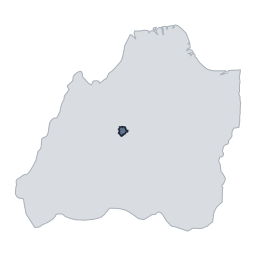 location of Bokkos, Plateau, Nigeria, rotated 180°
{"feature_id": "59680162B1032840889978", "entity_name": "Bokkos", "entity_type": "district", "adm_level": 2, "iso_a3": "NGA", "parent_name": "Nigeria", "parent_adm1": "Plateau", "projection": "robinson", "projection_center": [8.917, 9.236], "detail": "fine", "context": "in_parent", "style": "filled", "palette": "slate", "viewbox_px": 256, "rotation_deg": 180, "n_neighbors": 0, "source": "geoboundaries", "source_scale": "gbopen_adm2", "svg_char_len": 4916}
<svg xmlns="http://www.w3.org/2000/svg" viewBox="0 0 256 256"><g transform="rotate(180 128 128)"><path d="M221.3,28.6L229.9,42.1L231.8,52.1L232.5,57.0L233.9,57.6L236.6,57.8L238.6,58.8L239.8,60.5L240.5,62.0L240.6,62.9L240.1,68.9L239.5,71.0L239.8,74.0L239.7,75.3L239.4,76.1L238.2,77.1L236.6,78.1L232.7,80.9L231.6,81.4L230.0,81.4L228.6,82.1L226.9,83.7L223.3,89.4L220.2,95.2L218.0,104.5L215.3,107.4L214.8,110.0L214.4,115.8L214.0,117.5L213.5,118.0L210.6,119.1L208.9,120.5L207.9,123.1L206.6,132.0L206.1,133.5L205.2,135.1L203.7,136.7L202.4,137.7L199.0,138.3L195.8,145.0L195.7,146.2L194.3,152.3L191.9,156.9L191.7,159.9L188.6,163.9L187.0,166.7L188.7,169.6L188.8,170.0L183.5,174.9L183.2,175.7L182.9,179.0L182.5,179.9L181.5,181.2L180.1,182.5L178.7,183.6L177.0,184.3L175.4,184.6L174.5,184.2L174.0,183.2L173.1,179.0L172.7,178.1L171.6,177.3L167.5,172.8L165.1,171.2L164.5,171.3L164.1,171.7L163.4,174.0L162.7,174.9L161.4,175.2L159.1,175.2L157.5,174.9L157.1,174.4L156.3,172.6L151.2,176.8L149.4,177.7L147.2,182.6L144.0,185.0L141.8,187.1L135.8,193.8L134.6,195.8L133.5,198.7L130.9,211.2L126.8,219.1L126.3,220.7L126.1,220.7L125.5,221.4L123.9,220.9L123.2,219.5L122.2,219.2L120.5,217.1L120.2,217.5L122.0,222.8L121.3,225.0L116.3,225.0L112.0,225.7L109.0,225.7L107.5,224.9L106.9,222.9L106.6,223.1L106.5,224.2L105.5,225.0L102.2,225.2L100.7,223.8L99.5,222.2L98.3,221.6L98.5,222.2L99.9,223.7L99.7,225.9L97.1,228.4L95.4,228.5L94.3,227.5L93.8,225.7L93.5,223.1L92.8,221.4L92.4,221.4L92.9,224.2L92.9,226.9L94.2,228.9L92.2,229.6L89.9,229.6L89.6,228.9L89.3,227.2L88.9,226.7L88.4,229.6L83.6,230.4L82.9,230.3L82.7,229.8L83.1,229.0L83.0,227.7L81.9,228.7L81.8,230.7L81.2,231.0L79.3,230.7L77.3,229.7L74.1,227.1L70.1,223.0L69.4,221.2L68.3,218.9L66.2,212.7L66.6,212.4L67.5,212.8L68.0,212.2L66.3,211.7L66.0,211.3L65.9,209.9L65.9,208.2L68.5,207.3L69.0,206.3L69.4,205.3L66.3,206.8L63.4,205.1L62.8,204.0L63.1,203.2L66.4,203.1L67.6,202.3L66.9,202.1L65.6,202.1L65.1,201.6L65.2,200.3L64.8,200.6L64.2,201.7L62.3,202.5L61.1,201.7L61.0,199.8L60.8,199.0L59.8,198.4L56.4,193.4L52.1,189.3L48.3,186.5L42.5,185.2L30.4,185.2L29.7,184.8L30.5,184.2L31.5,183.8L35.4,181.5L34.8,181.2L30.7,182.6L29.3,182.7L27.5,185.5L15.6,186.1L15.7,184.8L16.2,181.2L16.9,178.7L16.1,175.7L16.0,173.0L16.5,172.1L16.6,171.1L16.5,164.1L17.2,163.0L17.2,162.3L16.0,159.3L16.0,157.0L15.8,154.8L15.4,153.8L15.9,145.2L15.7,143.1L16.1,141.6L16.3,137.9L16.3,134.3L17.1,128.6L22.2,127.8L23.5,125.6L24.2,122.7L24.0,119.9L25.6,117.5L27.6,115.3L27.6,112.9L28.1,112.2L29.1,111.6L30.4,111.3L32.0,110.1L32.8,108.1L33.7,104.7L32.4,102.4L32.4,101.9L32.9,100.6L33.7,99.4L34.3,99.0L35.8,99.3L36.3,98.8L37.3,95.1L37.2,94.1L35.8,91.6L35.1,85.0L34.7,84.1L33.6,82.9L30.8,78.2L30.9,76.0L32.1,73.1L32.9,71.7L34.0,71.0L34.2,70.3L33.9,69.5L33.3,68.9L33.2,67.6L33.7,65.9L33.6,63.9L33.9,53.8L36.2,51.9L39.6,48.6L41.3,45.2L42.3,42.6L43.4,33.9L45.2,33.0L48.6,29.9L53.2,28.0L56.2,27.4L61.4,27.8L64.0,27.5L66.3,25.8L67.3,25.3L68.7,25.0L81.7,29.5L82.9,29.3L83.9,29.6L85.5,30.8L89.4,35.0L93.4,41.4L94.6,42.8L95.9,43.6L97.2,43.9L98.1,43.8L99.1,43.1L100.3,41.9L102.2,41.3L103.8,41.5L111.9,36.5L112.7,36.4L117.7,37.5L124.4,42.5L130.0,45.7L133.9,46.8L138.5,47.6L146.3,47.8L152.2,40.9L154.3,39.3L157.0,38.0L162.4,36.7L171.5,35.8L180.0,36.2L185.3,37.4L190.9,39.6L193.3,41.8L197.1,42.2L199.8,41.7L200.7,39.6L203.4,36.7L207.5,34.1L210.8,32.3L213.5,31.5L216.0,29.4L217.9,28.7L221.3,28.6ZM102.5,228.0L100.7,228.6L99.5,228.5L101.1,225.6L102.0,226.2L103.0,226.5L102.5,228.0Z" fill="#d9dde1" stroke="#a8b0b8" stroke-width="1"/><path d="M128.2,125.2L128.3,125.4L128.3,125.5L128.5,125.5L128.8,125.6L129.0,125.6L129.4,125.7L129.7,125.7L129.8,125.7L129.9,125.8L130.1,125.9L130.2,126.0L130.3,126.1L130.3,126.4L130.3,126.5L130.2,126.9L130.2,127.0L130.2,127.4L130.3,127.5L130.5,127.7L130.5,127.8L130.8,127.8L130.8,128.0L130.8,128.3L130.7,128.5L130.8,128.8L131.0,128.9L131.1,129.0L131.3,129.0L131.6,129.0L131.9,129.0L132.1,129.0L132.3,129.1L132.5,129.1L132.8,129.2L133.0,129.2L133.3,129.3L133.6,129.3L133.8,129.3L133.8,129.2L133.9,129.3L134.0,129.3L134.3,129.3L134.4,129.2L134.5,129.2L134.8,129.2L135.0,129.1L135.4,129.0L135.5,129.0L135.8,129.0L136.2,129.0L136.0,128.7L136.2,128.2L136.6,127.8L136.6,127.6L136.7,127.4L137.4,126.8L137.1,126.5L137.1,126.2L136.9,126.1L136.7,125.6L136.4,125.5L136.5,125.3L136.8,124.6L136.9,124.0L136.8,123.7L136.7,123.5L136.8,123.4L137.0,123.2L137.3,123.1L137.5,123.0L137.5,122.9L137.4,122.8L137.2,122.7L136.9,122.5L136.4,122.5L136.4,122.1L136.2,122.0L136.1,121.8L136.1,121.5L135.9,121.5L135.5,121.1L135.4,120.8L135.0,120.6L134.9,120.3L135.0,120.2L134.9,120.1L134.8,119.9L134.5,119.8L134.4,119.9L134.4,120.1L134.2,120.3L134.1,120.2L133.9,120.1L133.7,120.4L133.6,120.5L133.4,120.7L133.2,120.9L133.2,121.0L133.0,120.8L132.8,120.9L132.5,121.2L132.3,121.6L132.2,121.9L131.8,121.9L131.7,121.9L131.1,122.1L130.9,122.2L130.7,122.5L130.3,123.7L128.5,124.2L128.2,125.2Z" fill="#64748b" stroke="#1e293b" stroke-width="1.5"/></g></svg>